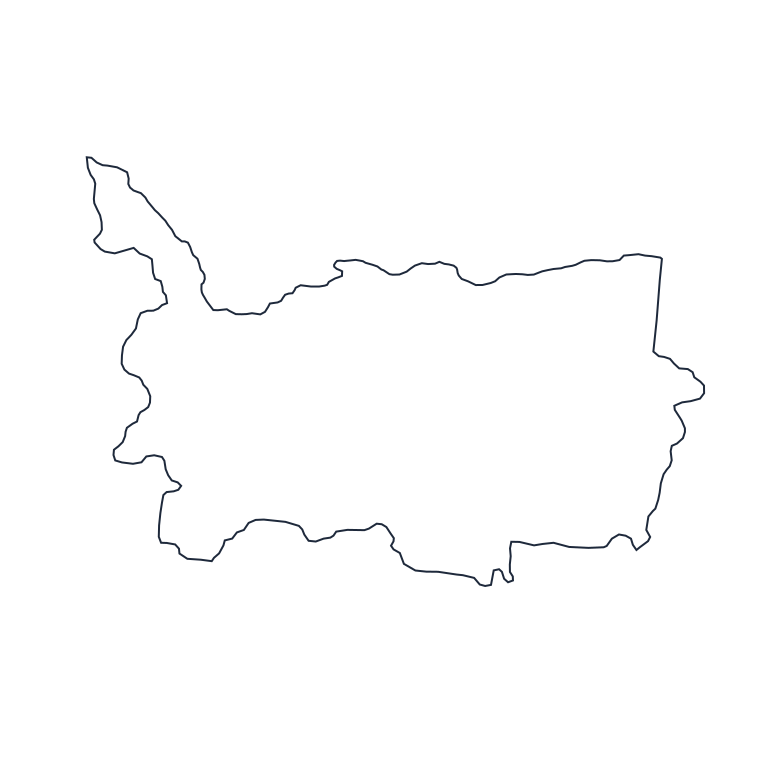 Petah Tiqwa, HaMerkaz, Israel, rotated 276°
{"feature_id": "584046B54386898087809", "entity_name": "Petah Tiqwa", "entity_type": "district", "adm_level": 2, "iso_a3": "ISR", "parent_name": "Israel", "parent_adm1": "HaMerkaz", "projection": "mercator", "projection_center": [34.939, 32.126], "detail": "fine", "context": "isolated", "style": "outline", "palette": "slate", "viewbox_px": 768, "rotation_deg": 276, "n_neighbors": 0, "source": "geoboundaries", "source_scale": "gbopen_adm2", "svg_char_len": 4333}
<svg xmlns="http://www.w3.org/2000/svg" viewBox="0 0 768 768"><g transform="rotate(276 384 384)"><path d="M245.3,652.4L248.4,655.5L255.3,663.0L259.7,664.7L266.3,660.1L279.9,660.8L285.8,664.7L288.4,666.9L297.4,668.8L304.6,669.5L314.1,669.7L323.5,671.5L328.3,674.1L332.2,676.8L338.2,678.1L347.1,676.1L352.6,676.7L355.4,681.6L361.4,687.0L367.7,688.3L371.4,687.9L378.5,684.0L380.9,682.2L388.7,675.9L392.7,675.0L396.9,682.4L399.0,690.8L402.5,699.8L408.3,703.3L415.9,702.4L419.4,698.4L423.1,691.9L428.0,689.7L430.6,684.6L430.4,675.9L434.7,670.2L438.9,665.8L440.2,659.7L440.4,654.4L444.4,648.5L454.7,648.5L475.5,648.5L516.5,647.4L537.5,647.3L538.6,645.6L539.1,636.8L539.0,630.2L539.7,623.5L537.8,614.5L536.8,609.1L531.9,605.3L530.0,598.6L529.3,592.9L529.6,585.7L528.9,577.3L527.5,570.4L525.5,566.8L522.6,562.2L521.2,558.8L519.3,551.8L517.6,548.1L516.1,540.6L514.4,535.0L512.6,529.6L511.0,526.4L508.5,521.6L507.5,515.6L507.6,510.2L507.2,503.6L505.7,494.2L502.0,487.6L497.8,483.8L495.6,479.6L492.8,471.7L492.0,464.9L494.9,456.9L496.6,450.3L499.7,447.0L502.0,445.7L505.6,444.7L507.2,443.8L509.0,440.9L509.7,436.0L509.8,431.4L511.3,426.3L509.0,422.2L507.9,415.3L508.1,409.0L505.0,402.4L501.7,398.5L498.1,394.8L494.5,387.9L493.6,381.3L493.8,377.9L497.1,371.6L497.6,369.4L500.2,365.2L501.4,360.0L502.6,353.0L503.9,350.3L504.2,347.0L504.5,342.8L503.4,337.8L502.7,334.3L502.1,331.5L502.1,327.4L501.5,324.5L499.7,323.1L497.2,321.9L495.5,322.2L493.6,324.9L492.5,328.5L491.7,330.6L487.1,330.9L485.2,327.2L483.9,324.3L482.2,321.9L479.8,318.5L476.7,317.1L475.6,314.7L474.2,309.5L473.3,301.0L473.5,290.8L470.5,286.1L468.0,285.3L464.7,283.5L464.0,279.8L462.4,276.3L459.2,274.5L456.0,273.0L454.0,269.7L452.1,262.1L448.3,260.6L443.3,258.1L440.3,253.7L440.6,245.3L439.2,240.1L438.5,235.3L438.0,229.3L440.6,222.4L441.9,219.9L440.0,211.0L439.7,206.5L447.5,199.2L451.1,196.6L453.6,194.7L456.0,193.3L459.0,192.5L464.0,192.1L465.9,193.9L469.8,194.8L473.8,194.0L476.5,192.1L478.3,189.9L480.6,188.9L484.1,187.7L486.3,186.7L489.1,185.4L492.2,180.8L494.9,179.2L500.0,176.9L504.1,174.2L505.0,170.9L504.7,168.0L509.2,161.0L515.1,157.1L519.4,152.8L523.5,149.5L526.3,146.1L530.3,141.6L532.9,138.0L538.4,132.4L540.8,129.9L544.5,127.2L548.4,122.3L549.2,118.9L550.3,114.6L551.3,113.2L552.8,110.9L556.2,108.8L561.6,108.6L567.7,106.4L571.6,95.9L572.3,86.1L572.2,81.3L574.3,75.1L578.4,69.4L578.4,64.7L568.1,66.9L561.3,70.4L557.2,74.1L553.0,75.9L537.7,76.1L533.5,77.0L527.6,80.5L522.1,84.0L515.4,86.2L507.9,87.3L503.8,85.8L497.2,80.7L494.5,81.4L488.6,88.0L486.5,92.5L485.8,102.6L489.9,112.7L493.2,120.8L488.2,127.4L486.2,135.3L483.8,140.1L477.3,141.4L470.5,142.7L464.5,145.4L463.0,151.2L457.5,153.4L452.5,154.5L449.4,157.8L441.7,159.8L439.3,155.0L435.4,151.7L432.8,146.9L432.1,141.0L429.0,134.6L422.5,132.4L413.3,131.5L406.5,127.6L400.8,123.2L393.8,120.6L385.0,120.4L376.7,121.0L371.2,124.3L367.7,129.3L366.6,134.2L364.9,139.9L362.0,142.7L358.1,144.7L354.4,149.1L347.4,152.8L341.0,153.2L336.4,151.9L333.1,148.4L330.5,144.7L327.4,143.2L320.9,142.3L318.2,138.1L313.6,132.9L309.5,132.0L305.1,132.0L298.9,130.2L294.4,126.5L290.4,122.3L285.1,122.4L279.9,124.7L278.6,131.6L278.4,142.7L280.8,151.0L287.1,155.2L289.1,162.9L288.2,170.8L284.7,173.6L276.4,175.8L270.7,178.9L265.9,183.0L264.6,189.1L261.5,192.9L257.3,190.5L255.3,186.1L253.8,179.1L250.5,176.2L242.9,175.6L232.4,175.1L219.9,175.1L208.5,176.0L202.8,178.9L203.2,184.6L202.6,193.1L198.8,197.3L194.0,198.3L189.6,206.7L190.1,220.2L189.8,231.2L193.4,233.1L198.3,237.7L206.7,241.2L211.8,242.0L214.4,249.2L221.0,253.2L224.2,259.9L231.7,263.9L235.4,270.5L236.6,278.6L236.6,289.5L236.6,300.4L234.0,314.2L230.8,317.9L225.9,320.5L220.2,325.4L220.2,332.6L223.9,340.1L225.6,346.7L227.9,349.6L232.2,351.9L235.1,362.8L236.6,379.8L238.6,384.1L244.3,391.3L244.3,396.4L242.0,401.3L236.0,406.2L231.7,409.9L228.5,409.9L223.9,407.9L220.5,410.8L217.6,417.4L207.2,422.6L201.8,434.7L201.8,445.6L202.9,457.4L202.1,476.1L202.1,482.4L200.6,493.9L194.6,500.2L193.7,505.7L195.4,511.4L210.1,512.6L211.8,517.8L209.5,520.9L202.9,523.8L199.8,528.1L202.1,532.8L206.1,532.2L210.2,528.9L217.7,528.0L226.0,528.0L233.7,526.5L240.4,527.1L241.1,535.2L239.2,550.1L241.5,558.5L243.8,569.2L241.3,585.2L242.4,604.5L244.6,619.6L246.2,622.4L254.0,626.8L258.9,633.4L258.4,640.2L256.0,645.8L250.1,648.3L245.3,652.4Z" fill="none" stroke="#1e293b" stroke-width="2"/></g></svg>